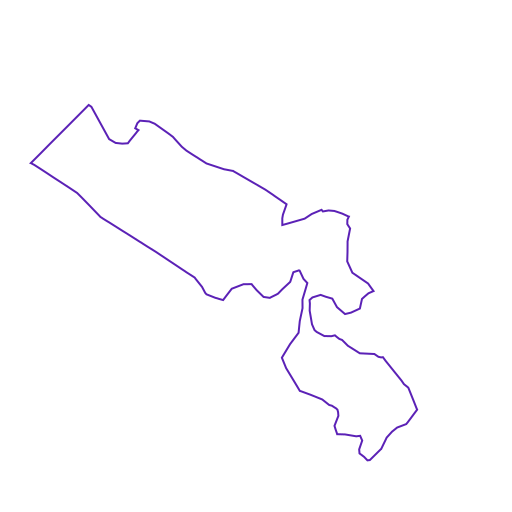 the district of Jahran, Dhamar, Yemen, rotated 315°
{"feature_id": "15242507B45956932951214", "entity_name": "Jahran", "entity_type": "district", "adm_level": 2, "iso_a3": "YEM", "parent_name": "Yemen", "parent_adm1": "Dhamar", "projection": "albers", "projection_center": [44.298, 14.733], "detail": "fine", "context": "isolated", "style": "outline", "palette": "violet", "viewbox_px": 512, "rotation_deg": 315, "n_neighbors": 0, "source": "geoboundaries", "source_scale": "gbopen_adm2", "svg_char_len": 3247}
<svg xmlns="http://www.w3.org/2000/svg" viewBox="0 0 512 512"><g transform="rotate(315 256 256)"><path d="M244.5,30.9L214.4,31.0L213.2,31.0L203.4,31.0L190.2,31.0L189.4,31.0L176.2,31.1L162.5,31.1L162.6,31.3L162.8,32.1L163.7,35.0L163.9,36.0L165.1,41.5L166.8,49.6L168.2,56.6L168.9,59.9L170.3,66.4L170.5,67.5L172.2,75.5L174.1,85.0L174.1,86.9L174.1,90.6L174.0,99.4L174.0,100.3L173.7,116.4L173.6,118.5L173.9,119.5L174.2,121.2L175.5,126.8L175.6,127.1L175.9,128.3L179.5,144.3L180.1,146.8L181.7,153.8L183.5,162.0L184.2,165.1L184.3,165.2L184.7,167.3L185.8,172.3L187.4,179.1L188.0,181.7L188.3,183.1L189.3,188.2L189.8,190.6L191.1,197.2L194.3,213.2L194.7,215.1L195.0,216.5L195.2,217.8L197.4,227.9L197.4,228.0L197.2,228.9L196.0,239.7L194.0,246.2L193.9,248.1L197.7,256.9L198.6,258.4L199.5,260.2L201.6,263.9L206.5,263.2L215.7,262.0L227.2,267.1L232.4,272.2L233.0,272.8L232.8,274.2L232.3,280.6L232.4,290.2L232.4,290.3L233.0,291.1L236.2,295.4L237.6,295.8L242.3,297.4L242.5,297.5L243.9,297.9L244.9,298.2L250.9,298.1L261.8,298.5L262.7,298.1L270.7,294.0L271.0,293.9L273.6,295.2L274.5,295.7L276.2,296.5L276.5,297.2L273.4,305.8L273.2,311.4L267.4,314.6L258.0,319.7L252.0,325.8L240.9,333.0L231.8,340.4L217.8,342.4L202.4,346.2L202.3,346.4L200.2,351.4L198.0,356.6L195.9,365.2L194.4,371.3L192.6,378.5L191.6,382.4L192.2,383.5L192.8,384.8L195.9,391.5L196.1,391.9L196.2,392.1L197.1,394.2L201.4,404.3L202.0,409.5L202.4,413.1L203.8,415.5L204.3,417.9L204.9,420.5L204.9,422.3L203.6,424.5L201.2,427.3L195.7,429.7L191.4,431.6L189.5,435.2L187.6,439.1L187.4,439.4L192.3,444.6L192.7,445.0L199.4,454.4L202.5,456.8L200.6,461.6L192.2,465.7L189.6,468.8L190.4,474.4L190.3,479.3L192.2,480.8L207.8,480.9L208.0,481.0L212.3,479.5L217.5,477.7L220.0,476.8L228.1,476.4L228.8,476.5L234.5,477.1L237.6,478.5L241.2,480.1L243.4,481.1L244.2,481.0L245.4,480.9L247.5,480.6L256.4,479.3L261.3,478.6L261.8,477.3L265.1,469.7L270.1,458.0L270.6,456.7L270.5,455.8L270.0,451.2L270.8,446.9L271.9,436.6L273.5,421.8L274.2,417.3L272.8,416.2L271.3,413.9L270.4,409.0L260.6,398.2L257.5,384.5L257.5,383.5L257.5,376.2L256.3,373.6L255.9,370.5L255.7,367.9L252.6,366.0L247.7,360.9L245.2,352.6L245.0,349.8L247.3,343.9L255.3,332.6L260.5,327.7L262.7,325.0L266.6,325.2L274.2,329.2L276.5,334.1L279.8,340.1L277.1,349.4L277.9,360.0L283.1,363.2L292.3,366.6L300.6,361.3L304.5,361.5L309.2,361.9L314.3,363.9L315.0,359.4L315.8,354.7L312.3,336.0L316.7,324.3L323.4,318.0L329.1,312.4L331.1,310.4L339.6,304.7L342.0,303.1L342.5,300.7L343.1,298.0L346.2,295.0L349.5,293.8L349.3,293.5L349.3,293.4L347.0,287.1L344.5,282.0L343.2,279.5L339.5,275.1L334.8,271.8L335.0,269.7L325.1,265.7L316.8,264.0L300.9,255.2L296.5,252.7L301.3,247.9L304.3,245.8L313.7,241.3L314.2,241.0L313.6,237.8L311.5,226.3L311.3,224.9L309.5,215.6L305.2,199.5L303.6,193.5L303.0,191.3L302.3,188.6L300.9,183.3L300.3,181.2L300.1,180.4L299.9,179.5L299.6,179.2L295.4,173.0L295.3,172.9L294.7,172.0L286.4,155.5L285.3,150.4L284.8,148.3L284.0,144.4L283.8,143.7L282.8,139.3L281.4,132.7L281.3,132.2L280.8,126.5L280.8,125.8L281.3,115.9L281.5,113.1L280.7,107.4L277.9,90.8L277.1,88.9L275.7,85.4L269.6,78.2L266.0,78.2L260.9,80.3L261.9,83.9L259.8,84.0L258.4,84.2L248.4,85.2L245.1,85.7L240.9,82.0L236.7,76.8L234.8,69.5L245.1,34.1L244.5,30.9Z" fill="none" stroke="#5b21b6" stroke-width="2"/></g></svg>